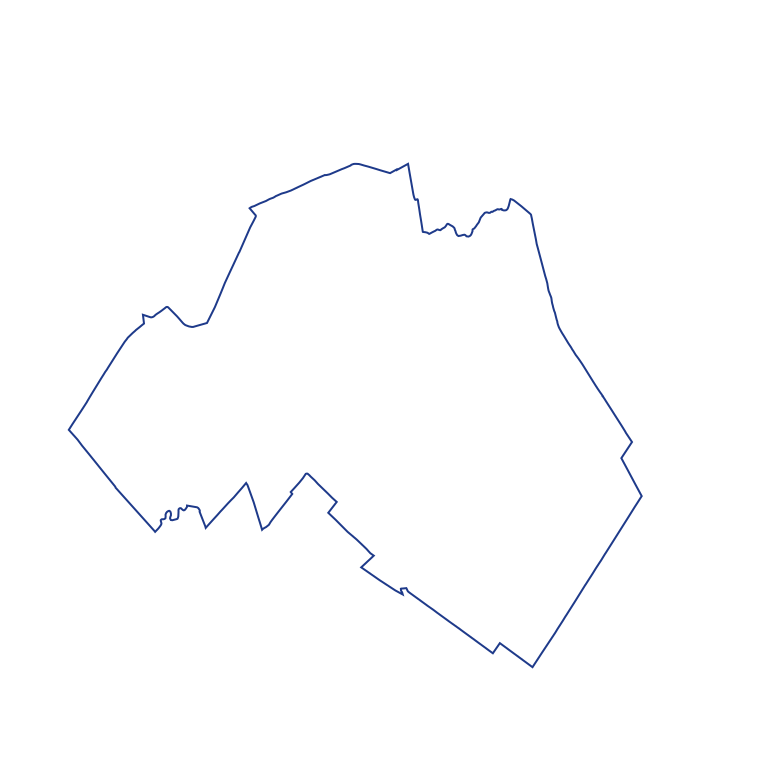 Iepuresti, Giurgiu, Romania (Robinson projection), rotated 290°
{"feature_id": "2599482B53463845367908", "entity_name": "Iepuresti", "entity_type": "district", "adm_level": 2, "iso_a3": "ROU", "parent_name": "Romania", "parent_adm1": "Giurgiu", "projection": "robinson", "projection_center": [25.884, 44.251], "detail": "fine", "context": "isolated", "style": "outline", "palette": "blue", "viewbox_px": 768, "rotation_deg": 290, "n_neighbors": 0, "source": "geoboundaries", "source_scale": "gbopen_adm2", "svg_char_len": 6154}
<svg xmlns="http://www.w3.org/2000/svg" viewBox="0 0 768 768"><g transform="rotate(290 384 384)"><path d="M358.3,662.6L366.8,664.5L375.5,654.7L387.1,641.8L395.5,632.4L414.3,636.9L421.0,627.8L421.7,627.1L426.2,621.4L434.3,610.8L436.7,607.7L444.1,598.0L445.3,596.5L446.9,594.3L447.1,593.8L447.4,593.9L447.9,593.1L448.8,591.9L450.0,590.1L452.8,586.2L453.1,585.8L453.6,585.2L454.3,584.2L457.7,579.8L469.8,564.4L470.8,563.1L474.5,557.9L476.4,555.0L476.6,554.6L478.0,552.8L479.7,550.7L480.9,549.0L482.3,547.4L485.3,543.3L490.7,536.6L492.7,534.0L494.3,532.1L496.4,529.7L497.4,528.7L499.7,526.8L501.4,525.7L502.1,525.4L503.4,524.3L506.2,522.4L509.5,520.2L510.8,519.0L513.8,516.8L515.4,515.8L517.2,514.5L518.9,513.5L521.2,512.3L522.4,511.6L523.9,510.3L524.4,509.8L525.1,509.2L526.3,508.2L526.6,507.9L527.2,507.4L527.9,506.8L528.5,506.4L529.5,505.8L530.0,505.5L531.4,504.7L534.5,503.0L537.8,500.7L540.7,498.5L556.1,487.8L564.7,481.8L567.8,479.6L572.0,477.2L585.5,469.0L590.3,466.2L592.0,465.1L593.3,464.3L593.5,464.0L593.9,463.3L598.0,452.3L600.9,443.5L601.2,441.4L601.1,440.3L601.1,439.7L600.8,439.6L594.1,440.3L591.6,440.3L590.4,440.1L589.2,439.4L588.6,438.5L588.1,437.2L588.0,436.0L588.0,435.3L588.6,434.9L588.7,434.5L588.5,434.1L587.7,433.2L587.3,432.3L587.2,431.2L586.9,430.7L586.4,430.2L585.2,429.2L584.3,428.1L583.7,427.6L583.0,427.2L582.8,426.9L582.6,426.0L581.2,425.1L580.9,424.6L580.6,423.8L580.6,422.9L580.5,422.2L580.2,421.4L579.5,420.4L579.2,420.1L577.5,419.5L573.6,418.0L572.6,417.9L568.3,417.8L565.5,416.9L563.7,416.5L561.0,415.6L560.4,415.0L559.9,414.6L559.5,414.4L557.8,414.9L555.7,414.9L554.2,414.8L553.1,414.4L552.3,413.9L551.4,412.9L551.2,411.8L551.0,411.0L551.5,410.1L551.8,409.1L551.8,408.6L551.5,408.0L550.9,407.0L549.6,405.3L549.1,404.4L548.5,403.3L548.8,402.4L548.9,401.9L549.8,400.8L550.9,399.7L552.0,399.0L553.0,398.0L554.4,397.0L554.8,396.5L555.6,394.6L555.9,392.7L556.1,391.4L556.3,390.7L556.3,390.3L556.4,389.8L556.4,389.5L556.2,388.9L555.8,388.6L555.2,388.4L554.0,388.2L552.3,387.6L551.9,387.4L550.8,386.4L549.0,385.0L548.1,384.6L547.8,384.3L547.7,383.8L547.6,383.2L547.6,382.0L547.5,381.5L547.1,380.9L546.3,380.3L545.6,379.9L544.6,378.9L542.9,377.3L540.6,375.3L540.5,374.9L540.7,374.4L541.0,373.1L540.9,372.1L540.8,371.1L540.2,368.6L540.3,368.4L546.5,365.0L550.3,362.9L555.6,359.9L560.6,357.2L565.8,354.3L568.2,353.1L568.8,352.6L569.0,352.4L569.0,352.1L568.7,351.7L568.3,351.4L567.9,351.0L567.8,350.5L567.9,350.1L568.3,349.7L569.8,348.4L572.0,346.9L575.8,344.7L591.4,335.7L594.9,333.7L599.1,331.3L589.5,322.9L590.0,322.6L584.6,317.9L584.3,317.7L584.2,317.3L583.6,307.9L583.4,303.6L582.9,295.0L582.5,290.5L582.3,286.9L582.1,285.1L581.4,282.8L580.9,281.3L580.3,280.1L578.8,278.3L577.9,277.9L576.6,276.5L573.2,272.9L571.5,270.9L562.6,261.4L562.1,260.7L560.8,258.7L560.3,257.7L560.2,257.0L559.9,256.7L549.9,245.9L549.3,245.3L546.1,242.3L543.8,240.1L540.0,236.3L534.0,230.4L530.7,226.5L529.4,224.7L528.4,223.3L527.8,222.5L524.2,218.8L523.9,218.4L521.5,216.5L521.0,216.0L519.6,214.3L519.0,213.6L517.9,212.5L515.6,210.5L512.7,207.2L511.2,205.5L506.9,201.3L505.2,199.1L504.1,198.2L503.2,197.6L499.2,204.6L498.7,205.6L498.4,205.9L498.0,206.1L497.6,206.2L496.9,206.2L491.9,205.6L485.5,204.7L459.0,203.0L458.6,203.0L458.1,202.8L445.3,201.7L436.3,200.9L424.4,199.9L418.2,199.7L413.0,199.5L406.7,199.2L398.4,198.8L380.8,196.8L379.7,195.3L376.9,191.4L372.4,185.2L371.9,184.0L371.4,181.1L371.4,179.3L371.4,178.0L371.5,176.8L371.8,176.0L372.1,175.0L372.7,173.8L375.5,168.8L376.8,166.4L378.7,162.4L382.2,155.0L382.3,154.6L382.3,154.1L382.1,153.5L381.6,152.9L380.4,152.2L376.5,149.7L374.6,148.4L372.5,146.8L371.5,146.1L370.7,145.6L370.1,145.3L369.2,144.9L368.4,144.3L367.8,143.7L367.5,143.3L367.2,142.8L367.0,142.4L366.9,142.0L366.8,140.7L366.7,136.9L366.6,133.8L360.1,137.1L358.7,137.8L356.8,136.6L353.7,134.8L349.8,132.4L348.9,132.0L346.0,130.4L341.5,128.2L339.9,127.4L338.3,127.0L335.0,125.9L321.5,122.7L303.6,118.8L303.2,118.8L300.1,117.9L297.1,117.3L293.0,116.4L276.3,113.0L271.2,112.0L266.9,111.2L265.8,111.0L265.5,111.0L261.1,110.0L254.2,108.4L239.9,105.0L233.1,103.5L232.8,104.1L226.9,115.1L222.7,121.5L216.1,132.6L204.9,151.1L200.1,159.1L195.6,166.6L194.8,167.2L194.7,167.4L167.2,218.9L166.8,219.5L171.1,221.4L173.9,222.3L175.7,222.7L177.0,222.5L178.3,221.6L179.1,221.0L179.7,220.8L180.3,221.0L181.0,221.6L181.4,222.9L182.1,223.9L183.0,224.5L184.6,224.2L186.5,223.4L188.2,223.4L189.7,223.9L191.0,224.9L191.4,225.8L191.0,226.9L189.6,228.0L187.8,228.7L185.6,228.7L184.4,229.0L183.3,230.2L183.6,231.7L184.7,233.3L186.0,235.2L186.7,236.0L187.8,236.1L189.2,236.0L193.7,234.6L195.2,234.0L196.2,233.9L196.9,234.2L197.5,234.7L197.8,235.6L197.3,236.8L196.8,238.2L196.8,239.1L197.4,239.8L198.9,240.4L201.1,240.9L202.4,240.5L204.2,250.5L203.9,251.9L202.7,253.6L201.7,254.4L200.9,254.4L189.3,264.6L187.8,265.7L189.1,266.2L190.9,266.9L193.1,267.8L198.3,269.9L203.6,272.1L208.2,273.9L210.5,274.9L218.5,278.2L222.6,280.0L226.0,281.6L232.9,284.2L238.0,286.2L238.3,286.3L243.8,288.3L243.4,288.8L242.5,290.1L241.4,291.1L228.3,302.0L223.9,305.3L215.5,311.6L211.2,314.9L206.8,318.2L205.3,319.3L206.6,319.9L208.1,321.1L209.2,322.1L212.3,324.0L213.3,324.2L215.4,324.6L218.2,325.4L221.7,326.5L223.9,327.2L231.0,329.5L240.4,332.6L249.3,335.4L250.6,333.3L255.1,335.2L262.3,338.1L267.8,340.0L272.8,341.2L273.3,341.9L273.6,342.8L272.8,345.0L271.9,346.8L269.8,351.8L267.5,356.1L261.9,368.7L259.4,374.0L257.0,379.9L243.9,375.7L239.8,385.1L232.6,400.4L228.5,411.5L223.0,424.0L221.7,426.4L220.3,429.1L219.2,433.1L203.9,425.3L198.1,447.2L193.9,465.2L192.6,473.6L194.4,472.3L195.6,470.7L196.7,470.2L197.4,469.9L197.7,470.3L198.2,471.5L199.8,474.8L198.8,475.9L197.8,476.8L197.3,477.5L197.1,477.9L196.4,480.2L190.7,500.1L190.6,500.3L188.6,507.8L187.3,512.0L182.8,527.6L179.6,539.2L179.4,539.9L179.3,540.1L172.8,562.5L169.5,573.8L168.2,578.4L180.1,581.5L168.7,620.4L185.3,624.3L208.9,630.0L213.0,630.8L222.2,632.9L228.1,634.1L228.3,634.2L244.7,637.8L264.1,641.9L264.3,642.0L271.5,643.6L276.8,644.8L283.1,646.1L290.4,647.8L291.9,648.2L300.3,649.9L300.5,650.0L314.2,653.0L335.3,657.6L341.7,659.0L354.4,661.7L358.3,662.6Z" fill="none" stroke="#1e3a8a" stroke-width="2"/></g></svg>